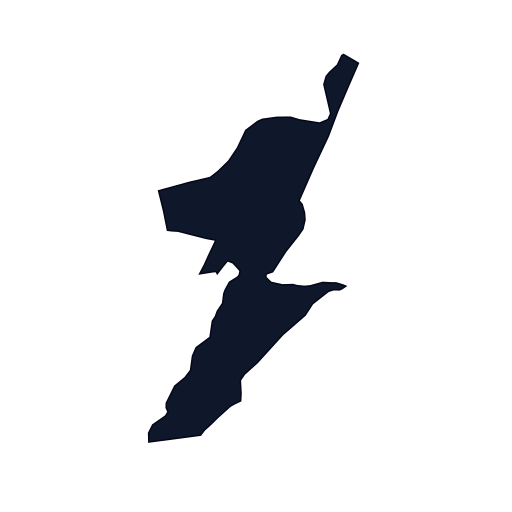 outline of Palmiste, Soufrière, Saint Lucia, rotated 145°
{"feature_id": "8701671B68903094038939", "entity_name": "Palmiste", "entity_type": "district", "adm_level": 2, "iso_a3": "LCA", "parent_name": "Saint Lucia", "parent_adm1": "Soufrière", "projection": "mercator", "projection_center": [-61.056, 13.859], "detail": "fine", "context": "isolated", "style": "filled", "palette": "ink", "viewbox_px": 512, "rotation_deg": 145, "n_neighbors": 0, "source": "geoboundaries", "source_scale": "gbopen_adm2", "svg_char_len": 1663}
<svg xmlns="http://www.w3.org/2000/svg" viewBox="0 0 512 512"><g transform="rotate(145 256 256)"><path d="M68.7,370.9L70.8,371.0L79.7,365.8L90.4,364.3L95.5,362.9L102.0,357.6L107.6,343.7L113.2,329.8L118.8,326.5L127.6,328.4L136.5,337.0L142.5,342.8L148.1,349.9L159.3,357.6L172.3,364.3L177.4,365.3L192.3,364.8L201.6,359.5L209.1,355.2L223.9,349.5L238.4,347.1L248.6,346.6L267.7,354.3L298.4,365.3L303.8,351.3L305.8,346.1L313.8,327.9L312.6,326.8L310.0,324.5L305.8,321.2L294.2,307.7L286.8,299.1L279.8,292.0L284.3,289.4L294.2,283.8L295.9,282.8L303.1,278.5L312.4,273.7L300.7,268.0L297.5,266.1L297.9,263.7L290.0,266.2L287.2,267.0L283.3,268.1L282.0,268.3L278.9,263.7L278.3,259.6L277.5,253.1L280.3,250.3L281.3,249.9L283.0,249.3L288.4,249.6L292.8,249.8L300.7,245.9L304.0,243.6L310.5,236.4L319.3,233.0L324.0,229.7L325.6,229.1L329.1,227.7L336.8,219.5L340.3,215.8L343.8,215.7L357.5,215.3L362.8,212.1L365.4,210.5L368.0,207.7L375.2,199.9L381.2,198.0L384.0,197.1L397.1,196.1L406.8,190.8L413.8,187.0L416.6,183.2L417.5,178.8L421.7,176.9L431.0,176.9L437.5,176.9L445.5,172.6L450.5,165.1L404.1,141.0L398.0,143.0L388.9,144.1L380.4,145.6L363.3,147.7L358.2,147.2L351.7,146.1L347.2,151.8L340.1,163.2L333.1,165.8L316.0,167.9L279.3,176.2L249.6,179.3L237.1,184.4L217.0,185.5L211.9,183.9L206.9,180.3L203.9,179.8L199.7,179.8L201.6,182.7L205.8,188.0L210.4,191.3L216.5,196.1L228.6,200.4L233.7,203.3L239.3,208.1L242.1,211.4L250.9,217.2L258.8,225.8L260.2,233.0L257.9,235.4L251.4,233.5L229.1,242.6L210.0,248.3L202.1,251.2L195.1,257.5L191.4,263.7L188.6,271.8L189.0,276.6L158.3,295.3L128.1,312.6L105.7,327.9L83.4,341.8L61.5,355.2L68.7,370.9Z" fill="#0f172a" stroke="#020617" stroke-width="1.5"/></g></svg>